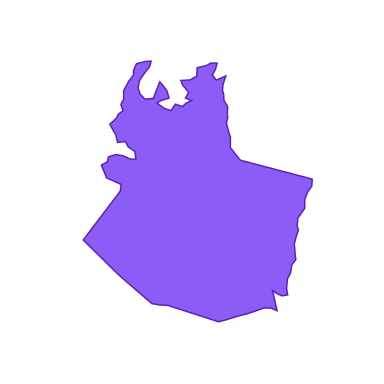 outline of Martins, Rio Grande do Norte, Brazil, rotated 162°
{"feature_id": "56859067B36328253412822", "entity_name": "Martins", "entity_type": "district", "adm_level": 2, "iso_a3": "BRA", "parent_name": "Brazil", "parent_adm1": "Rio Grande do Norte", "projection": "orthographic", "projection_center": [-37.912, -6.09], "detail": "fine", "context": "isolated", "style": "filled", "palette": "violet", "viewbox_px": 384, "rotation_deg": 162, "n_neighbors": 0, "source": "geoboundaries", "source_scale": "gbopen_adm2", "svg_char_len": 1490}
<svg xmlns="http://www.w3.org/2000/svg" viewBox="0 0 384 384"><g transform="rotate(162 192 192)"><path d="M217.8,317.0L225.6,309.6L228.4,301.2L232.5,297.4L232.7,290.4L238.0,288.9L241.0,285.6L249.2,281.8L248.0,275.2L246.8,270.1L247.5,262.1L239.7,260.6L238.7,254.5L233.8,248.2L235.2,240.6L240.5,242.4L246.2,247.7L253.0,251.2L260.6,251.2L263.1,246.9L269.9,245.6L269.4,239.6L268.9,231.9L257.1,221.1L259.8,215.1L296.2,189.8L310.3,180.0L289.2,139.4L285.0,131.8L264.6,98.2L258.0,94.7L250.0,91.6L206.9,60.4L199.0,59.9L187.3,59.8L176.4,59.1L159.1,59.4L152.6,57.1L147.8,52.8L145.8,73.4L142.9,69.4L138.5,65.4L132.8,64.6L131.8,71.2L128.0,80.0L123.4,84.4L119.4,92.1L114.2,95.5L113.1,101.2L111.9,106.0L110.7,111.1L107.4,116.3L102.7,122.7L102.2,128.0L99.3,134.5L89.9,141.6L87.0,150.2L81.8,156.5L76.3,160.5L73.7,167.1L136.2,207.3L141.8,222.4L138.5,232.2L138.5,237.7L138.0,246.9L135.1,251.5L134.0,256.2L131.7,262.2L133.3,269.4L131.8,274.7L131.5,279.5L129.3,284.6L124.0,291.9L134.3,290.9L136.5,297.0L131.7,301.5L128.3,306.8L134.3,308.8L139.1,307.8L148.7,308.6L151.6,300.7L159.4,299.2L168.1,301.5L167.9,296.9L164.4,287.8L169.2,283.3L164.1,279.1L170.4,278.3L174.7,276.2L180.7,280.7L186.8,275.9L192.5,280.1L197.8,287.3L193.3,288.6L184.8,288.4L184.6,296.0L186.7,302.2L188.6,306.7L200.0,292.9L208.1,294.9L211.1,301.2L211.1,307.6L207.7,313.9L204.0,317.0L199.8,320.1L193.6,324.2L190.5,329.0L195.5,330.5L205.1,331.2L209.9,326.0L211.6,321.2L217.8,317.0Z" fill="#8b5cf6" stroke="#5b21b6" stroke-width="1.5"/></g></svg>